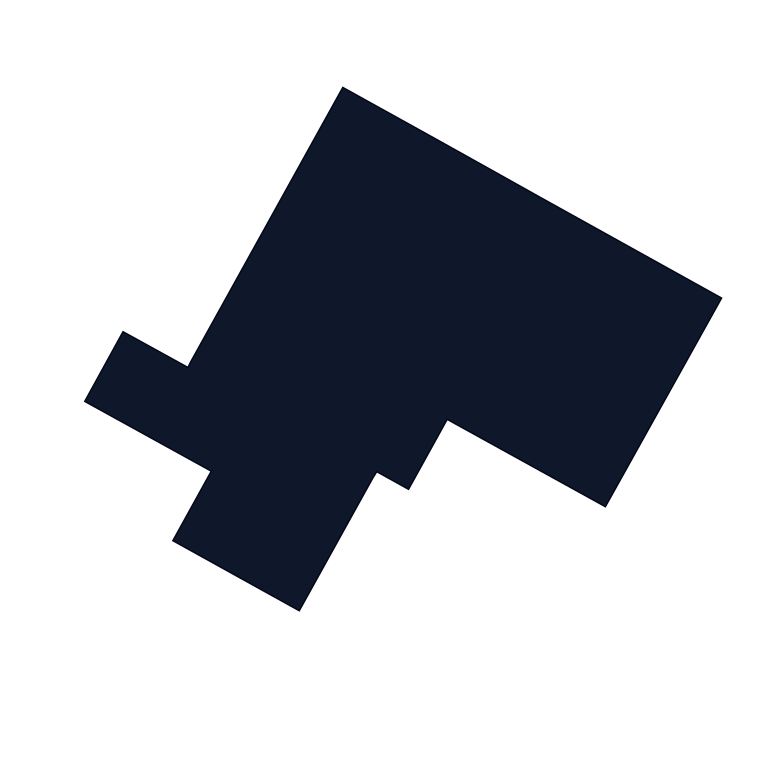 the district of Atoka, Oklahoma, United States of America, rotated 209°
{"feature_id": "52423323B50121009977051", "entity_name": "Atoka", "entity_type": "district", "adm_level": 2, "iso_a3": "USA", "parent_name": "United States of America", "parent_adm1": "Oklahoma", "projection": "equal_earth", "projection_center": [-96.026, 34.419], "detail": "fine", "context": "isolated", "style": "filled", "palette": "ink", "viewbox_px": 768, "rotation_deg": 209, "n_neighbors": 0, "source": "geoboundaries", "source_scale": "gbopen_adm2", "svg_char_len": 399}
<svg xmlns="http://www.w3.org/2000/svg" viewBox="0 0 768 768"><g transform="rotate(209 384 384)"><path d="M130.4,622.8L240.0,622.9L340.8,623.0L417.4,623.3L467.5,623.4L563.8,623.4L563.8,309.3L563.5,303.4L637.6,303.2L637.3,223.7L492.8,224.0L492.7,144.6L348.2,144.6L348.2,296.6L347.8,303.8L311.5,303.8L311.6,383.7L130.9,384.0L130.4,622.8Z" fill="#0f172a" stroke="#020617" stroke-width="1.5"/></g></svg>